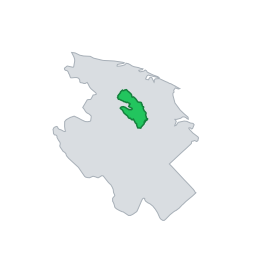 location of Tsamba-Magotsi, Ngounié, Gabon, rotated 137°
{"feature_id": "22940354B73947944893462", "entity_name": "Tsamba-Magotsi", "entity_type": "district", "adm_level": 2, "iso_a3": "GAB", "parent_name": "Gabon", "parent_adm1": "Ngounié", "projection": "equal_earth", "projection_center": [10.858, -1.184], "detail": "fine", "context": "in_parent", "style": "filled", "palette": "green", "viewbox_px": 256, "rotation_deg": 137, "n_neighbors": 0, "source": "geoboundaries", "source_scale": "gbopen_adm2", "svg_char_len": 7113}
<svg xmlns="http://www.w3.org/2000/svg" viewBox="0 0 256 256"><g transform="rotate(137 128 128)"><path d="M166.1,38.5L166.0,40.6L164.2,45.8L163.4,49.8L163.1,54.0L163.6,57.4L164.5,59.8L165.0,62.5L164.6,64.3L163.8,65.1L164.4,66.0L165.6,66.3L167.8,65.5L171.2,64.0L175.7,62.0L178.6,60.9L183.4,61.6L185.9,62.4L187.3,63.8L188.7,69.9L189.4,70.8L190.5,73.4L191.5,76.5L191.7,78.1L191.6,79.2L190.6,80.9L189.5,83.4L189.2,84.9L188.2,86.0L187.1,87.1L183.9,87.5L183.4,88.2L182.5,90.8L180.8,93.0L180.0,95.1L179.3,97.9L179.5,101.4L179.1,106.4L178.8,109.8L179.6,111.0L183.5,111.8L184.2,112.5L185.2,114.6L186.5,116.6L190.0,117.8L191.4,119.3L192.5,121.0L192.7,122.3L191.9,127.8L191.1,133.0L191.4,137.0L191.7,140.8L192.1,146.3L191.9,149.7L190.9,151.7L190.9,153.3L191.4,155.3L190.5,160.7L189.9,161.6L188.3,162.6L187.5,164.0L187.2,166.3L186.4,169.4L185.5,170.5L185.5,172.0L186.4,173.0L186.3,174.7L184.8,176.6L183.8,178.1L181.7,178.8L179.3,178.0L178.8,176.9L179.4,175.3L179.2,173.9L178.3,172.5L177.1,168.9L175.9,168.2L175.3,169.6L173.3,172.4L169.9,175.9L167.5,176.2L163.0,175.1L159.3,173.4L157.6,169.3L156.5,165.9L154.9,161.9L153.1,160.0L151.2,158.8L150.3,158.8L147.6,161.0L146.8,161.8L146.8,163.7L147.1,165.4L147.5,166.3L147.8,167.4L147.8,169.1L147.3,171.4L147.1,173.9L138.6,176.4L137.1,175.5L136.0,174.4L134.7,174.6L131.0,175.9L129.7,175.0L128.3,174.3L127.7,174.9L127.6,176.0L128.3,181.9L128.1,184.2L127.2,187.2L126.8,189.2L129.0,189.8L129.9,190.7L130.7,192.2L131.8,193.6L131.8,194.5L130.6,196.0L130.2,197.9L130.8,199.5L132.3,201.0L134.5,202.7L135.6,203.7L135.5,204.7L134.5,206.8L134.1,208.5L133.4,210.1L133.5,211.6L134.5,213.0L134.4,214.2L133.7,215.1L132.3,214.9L131.1,215.0L130.1,214.7L126.8,209.9L126.0,209.8L121.2,213.4L120.0,214.9L119.0,217.1L117.7,221.7L115.5,219.0L113.6,214.1L111.4,211.0L106.7,206.1L105.5,202.5L100.2,194.5L92.5,186.5L87.0,179.6L86.2,178.1L87.1,178.3L92.4,181.7L93.2,181.3L93.8,180.6L91.5,178.7L89.3,177.3L87.2,176.4L85.1,176.5L84.0,175.0L83.2,172.8L82.8,170.9L81.9,168.9L79.0,164.8L78.3,163.2L76.7,161.1L77.7,160.8L80.8,162.8L81.1,162.0L80.8,160.8L77.7,158.8L75.9,158.7L75.5,157.3L75.8,155.7L73.5,149.7L71.2,145.3L70.8,143.1L77.1,152.9L78.0,153.1L79.1,153.0L81.7,151.9L81.2,150.6L80.0,149.2L78.9,149.8L77.4,150.0L76.6,149.4L76.3,148.4L77.8,143.6L77.1,143.9L76.6,144.7L75.8,145.1L74.6,145.4L71.4,142.8L68.7,136.0L68.0,134.6L67.2,132.2L66.5,131.2L63.3,121.5L64.6,122.2L66.0,125.0L68.8,124.5L69.9,122.8L70.8,122.9L71.8,122.5L73.0,121.0L76.6,114.3L77.6,105.4L77.3,100.2L76.7,95.0L77.9,93.3L78.4,94.4L78.6,96.3L79.2,97.6L80.5,98.9L82.8,99.2L86.5,101.1L87.8,102.3L88.2,99.9L92.4,97.8L91.1,97.1L87.4,97.9L82.2,94.8L80.5,92.8L78.9,89.0L77.3,87.0L77.4,85.3L81.1,83.6L82.1,83.8L82.4,85.8L83.4,86.6L83.8,86.3L84.0,84.6L84.0,80.2L82.9,73.8L83.2,72.6L84.2,72.1L85.1,71.3L85.8,71.1L87.0,71.3L87.6,72.8L88.0,73.6L89.2,73.9L90.3,74.7L91.2,74.5L91.9,73.6L93.0,73.4L96.4,73.4L99.4,73.4L105.5,73.5L111.6,73.5L117.7,73.5L122.3,73.5L122.2,69.9L122.2,64.3L122.2,57.6L122.2,51.2L122.1,45.3L122.1,38.3L122.4,36.3L122.7,35.5L122.5,34.3L127.3,34.3L135.8,34.8L139.5,34.7L140.6,34.8L145.2,34.5L149.0,34.9L150.6,35.4L152.0,35.6L156.5,35.9L162.4,35.6L164.4,35.7L165.5,36.6L166.1,38.5Z" fill="#d9dde1" stroke="#a8b0b8" stroke-width="1"/><path d="M120.8,121.5L120.5,121.1L120.0,120.6L119.5,120.1L119.1,119.6L118.9,119.3L118.5,119.2L118.3,119.3L118.0,119.5L117.8,119.6L117.4,119.7L117.0,119.7L114.8,119.9L113.6,120.0L113.0,120.3L112.8,120.5L112.5,120.8L112.3,121.1L112.2,121.3L112.0,121.2L111.8,120.8L111.6,120.7L111.3,120.8L111.0,120.9L110.9,121.2L110.8,121.5L110.5,121.9L110.3,122.0L110.0,121.9L109.7,121.7L109.7,121.3L109.8,121.2L109.6,121.0L109.3,121.0L109.1,120.9L108.7,120.9L108.5,121.0L108.4,121.3L108.3,121.5L108.0,121.7L107.9,121.6L107.8,121.4L107.7,121.2L107.4,121.4L107.4,121.6L107.6,121.8L107.7,122.0L107.8,122.3L107.8,122.7L107.7,122.9L107.4,123.2L107.2,123.5L107.0,123.9L106.8,124.3L106.7,124.5L106.6,124.9L105.9,125.8L105.5,125.9L105.3,126.1L104.9,126.4L104.7,126.5L104.5,126.9L104.4,127.9L104.4,128.5L104.4,129.4L104.3,129.9L104.0,130.8L103.7,131.6L103.5,131.9L103.1,132.2L102.8,132.4L102.5,132.5L102.3,132.6L102.2,133.0L102.3,133.3L102.5,133.4L102.6,133.7L102.5,134.2L102.4,134.6L102.1,135.1L101.8,135.3L101.7,135.5L101.7,135.8L101.8,136.1L101.8,136.4L101.7,136.5L101.4,136.6L101.2,136.7L101.1,137.1L101.1,137.3L101.0,137.6L101.2,138.2L101.4,138.4L101.7,138.5L101.9,138.7L102.0,139.0L102.2,139.3L102.5,139.5L102.8,139.8L102.9,140.2L103.0,140.7L103.0,141.0L102.9,141.4L102.8,141.9L102.7,142.3L102.7,142.8L102.6,143.2L102.6,143.6L102.5,144.2L102.6,145.7L102.7,146.5L102.8,146.9L102.9,147.1L103.2,147.3L103.5,147.4L103.8,147.6L103.9,147.9L103.8,148.3L103.7,148.5L103.4,148.9L103.1,149.3L102.8,149.9L102.6,150.4L102.6,151.0L102.6,152.1L102.7,152.7L102.7,153.4L102.9,154.3L103.0,154.9L103.0,157.0L103.2,157.3L103.5,157.5L104.0,157.6L104.3,157.8L104.5,158.0L105.1,158.1L105.3,158.1L105.7,158.3L105.9,158.5L106.1,158.8L106.3,159.1L106.3,159.3L106.3,159.5L107.1,159.5L108.2,159.5L108.7,159.5L109.3,159.3L109.5,159.0L110.0,158.9L111.0,158.8L111.5,158.7L112.1,158.7L112.4,158.6L112.6,158.5L112.9,158.5L113.1,158.5L113.3,158.5L113.6,158.1L113.9,157.8L114.2,157.7L114.7,157.6L114.7,157.2L114.8,156.9L115.0,156.8L115.1,156.4L115.2,156.2L115.3,155.9L115.3,155.6L115.2,155.3L115.1,155.2L114.9,155.1L114.7,154.9L114.6,154.7L114.5,154.3L114.4,153.7L114.1,153.3L113.9,152.7L113.7,152.3L113.6,151.9L113.4,151.6L113.3,151.4L113.2,151.1L113.1,150.7L113.1,150.3L113.0,150.0L112.9,149.8L112.7,149.6L112.5,149.4L112.3,149.2L112.1,148.9L112.1,148.7L112.0,148.2L111.9,147.8L111.7,147.6L111.4,147.5L111.2,147.5L111.0,147.4L110.8,146.8L110.5,146.0L110.2,145.1L110.0,144.7L110.0,144.4L110.1,144.1L110.3,144.0L110.7,144.0L110.9,144.1L111.1,144.1L111.3,144.1L111.4,143.9L111.6,143.6L111.8,143.5L112.2,143.4L112.6,143.4L112.8,143.3L112.8,143.1L112.7,142.7L112.5,142.1L112.3,141.4L112.1,140.9L111.9,140.5L111.8,140.1L111.7,139.8L111.7,139.4L111.9,139.1L112.2,139.0L112.6,139.0L112.9,139.1L113.2,139.2L113.5,139.4L113.8,139.8L114.1,140.1L114.2,140.4L114.5,140.6L114.8,140.7L115.0,141.1L115.0,141.7L115.1,142.1L115.3,142.4L115.4,142.6L115.5,143.0L115.6,143.5L115.7,144.1L115.8,144.7L116.0,145.2L116.4,145.8L116.5,146.1L116.7,146.5L117.0,146.9L117.4,147.2L117.8,147.4L118.1,147.6L118.5,147.9L118.8,147.9L119.0,147.9L119.6,147.9L120.1,147.8L120.1,147.5L120.2,146.8L120.0,146.3L119.9,145.7L119.9,145.0L120.0,144.3L120.1,143.7L120.3,143.2L120.4,142.7L120.6,142.4L120.7,141.7L120.7,141.1L120.6,140.3L120.5,139.8L120.5,139.3L120.4,138.9L120.3,138.2L120.2,137.7L120.2,137.1L120.2,136.7L120.3,136.4L120.4,136.0L120.6,135.5L120.6,135.1L120.6,134.7L120.4,134.3L120.2,133.9L119.8,133.7L119.6,133.5L119.5,133.2L119.6,132.9L119.7,132.5L119.7,132.2L119.7,131.8L119.6,131.5L119.4,131.2L119.2,131.0L119.1,130.9L118.9,130.9L118.6,130.9L118.3,131.0L118.1,131.0L118.1,130.8L118.0,130.4L118.1,130.2L118.3,129.8L118.4,129.4L118.5,128.7L118.6,128.3L118.8,127.7L118.9,127.4L119.1,127.0L119.1,126.5L119.0,125.9L118.9,125.6L118.9,125.2L119.1,125.0L119.4,124.7L119.5,124.3L120.0,123.5L120.2,122.9L120.4,122.3L120.8,121.5Z" fill="#22c55e" stroke="#15803d" stroke-width="1.5"/></g></svg>